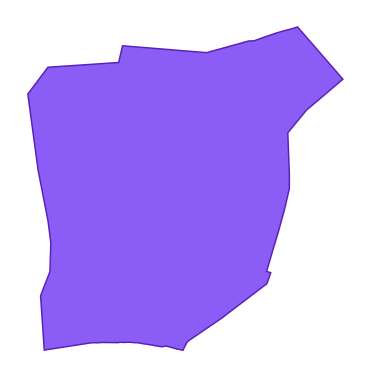 San Juan Guelavía, Oaxaca, Mexico, rotated 86°
{"feature_id": "50627088B68780091021819", "entity_name": "San Juan Guelavía", "entity_type": "district", "adm_level": 2, "iso_a3": "MEX", "parent_name": "Mexico", "parent_adm1": "Oaxaca", "projection": "robinson", "projection_center": [-96.523, 16.958], "detail": "fine", "context": "isolated", "style": "filled", "palette": "violet", "viewbox_px": 384, "rotation_deg": 86, "n_neighbors": 0, "source": "geoboundaries", "source_scale": "gbopen_adm2", "svg_char_len": 1556}
<svg xmlns="http://www.w3.org/2000/svg" viewBox="0 0 384 384"><g transform="rotate(86 192 192)"><path d="M57.5,327.0L82.9,349.0L83.5,348.9L159.4,344.0L211.4,337.6L233.0,336.4L261.6,339.3L284.9,350.3L339.4,350.4L335.6,305.1L335.5,304.6L335.5,300.5L335.9,296.0L335.8,292.0L335.9,291.6L336.3,285.9L336.6,282.9L336.7,281.4L337.1,276.8L336.9,273.6L337.3,270.7L337.4,268.4L337.4,267.0L337.4,265.9L337.7,263.4L338.2,261.0L338.5,257.6L338.5,257.2L338.6,256.8L338.7,256.4L338.8,255.7L339.0,255.1L339.2,254.5L339.3,253.9L339.5,253.2L339.6,252.8L339.7,252.2L339.8,251.7L340.0,251.1L340.2,250.4L340.3,249.8L340.4,249.4L340.6,248.2L340.8,247.3L340.9,246.7L341.3,245.3L341.7,243.8L341.7,243.2L342.0,242.5L342.0,241.8L342.2,241.0L342.3,240.6L342.8,239.7L343.0,238.8L343.4,236.4L343.7,235.5L344.0,234.5L344.3,232.6L344.0,230.4L343.9,228.7L344.3,227.3L344.7,225.9L345.2,224.5L345.8,223.1L346.2,221.8L346.7,220.3L347.3,218.9L347.8,217.8L347.7,217.4L348.1,215.9L349.3,212.1L341.8,207.7L339.9,205.4L318.9,169.5L317.4,167.4L315.2,164.1L288.7,123.7L287.9,123.3L287.3,123.1L286.7,122.8L286.1,122.6L285.5,122.3L285.0,122.1L283.8,121.5L283.2,121.3L282.6,121.1L282.1,120.8L281.6,120.6L281.0,120.4L280.5,120.1L279.1,119.5L278.6,119.3L278.0,119.1L276.4,123.1L255.8,115.5L238.5,108.9L216.7,101.2L195.6,94.7L186.8,94.0L180.0,93.6L139.6,92.3L118.4,72.2L90.0,33.6L64.2,53.0L34.7,75.2L36.1,80.9L37.9,90.5L39.4,97.2L42.6,109.4L44.2,114.8L45.5,119.4L45.3,125.1L54.0,167.6L49.9,194.8L41.3,251.1L57.7,256.1L57.6,293.8L57.5,327.0Z" fill="#8b5cf6" stroke="#5b21b6" stroke-width="1.5"/></g></svg>